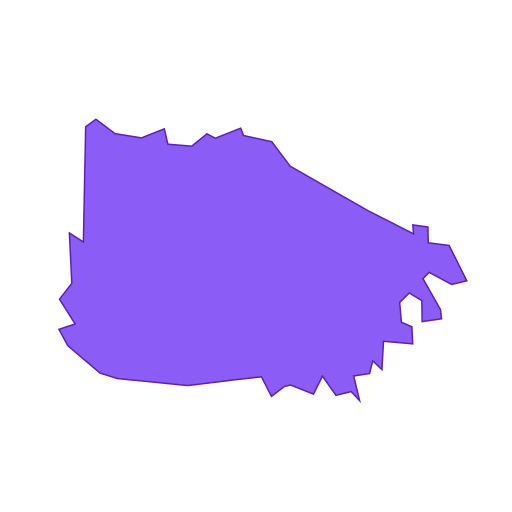 Jefferson, Tennessee, United States of America, rotated 172°
{"feature_id": "52423323B28342113074407", "entity_name": "Jefferson", "entity_type": "district", "adm_level": 2, "iso_a3": "USA", "parent_name": "United States of America", "parent_adm1": "Tennessee", "projection": "natural_earth1", "projection_center": [-83.496, 36.043], "detail": "fine", "context": "isolated", "style": "filled", "palette": "violet", "viewbox_px": 512, "rotation_deg": 172, "n_neighbors": 0, "source": "geoboundaries", "source_scale": "gbopen_adm2", "svg_char_len": 854}
<svg xmlns="http://www.w3.org/2000/svg" viewBox="0 0 512 512"><g transform="rotate(172 256 256)"><path d="M461.3,210.8L454.9,193.4L426.8,161.8L410.2,153.9L341.6,137.2L295.8,136.4L267.4,135.6L260.2,114.8L246.0,122.9L239.7,123.4L218.3,111.2L206.9,127.8L196.2,106.9L180.6,108.5L173.5,98.3L176.0,123.6L159.9,123.8L155.0,135.9L147.1,126.0L141.6,153.8L113.0,147.2L111.5,164.2L121.2,170.2L120.2,190.0L109.4,198.0L98.0,188.8L100.6,167.9L81.0,168.0L80.8,177.3L93.8,210.3L86.8,215.7L66.2,200.6L50.7,202.1L63.3,239.6L83.6,245.1L81.7,260.8L96.4,265.0L96.9,256.0L138.7,285.2L209.6,340.1L224.5,367.0L251.5,377.0L253.4,384.7L279.9,378.3L287.6,383.8L304.4,373.7L327.7,379.0L329.1,394.7L352.9,388.9L378.6,396.8L395.5,413.7L406.7,407.7L425.0,293.9L437.6,304.8L442.2,254.5L456.6,240.6L444.6,213.9L461.3,210.8Z" fill="#8b5cf6" stroke="#5b21b6" stroke-width="1.5"/></g></svg>